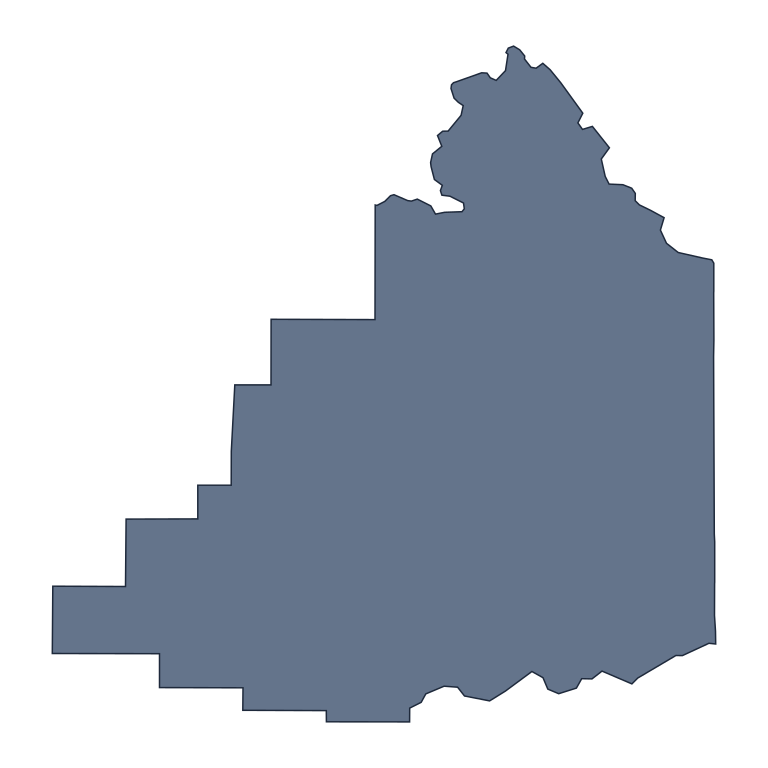 outline of Fremont, Idaho, United States of America
{"feature_id": "52423323B19841424065600", "entity_name": "Fremont", "entity_type": "district", "adm_level": 2, "iso_a3": "USA", "parent_name": "United States of America", "parent_adm1": "Idaho", "projection": "equal_earth", "projection_center": [-111.419, 44.319], "detail": "fine", "context": "isolated", "style": "filled", "palette": "slate", "viewbox_px": 768, "rotation_deg": 0, "n_neighbors": 0, "source": "geoboundaries", "source_scale": "gbopen_adm2", "svg_char_len": 1619}
<svg xmlns="http://www.w3.org/2000/svg" viewBox="0 0 768 768"><path d="M375.2,205.0L375.0,319.6L271.1,319.3L271.0,384.9L234.8,384.9L231.3,451.3L231.2,485.2L197.8,485.2L197.8,518.9L126.1,519.1L125.5,586.5L52.8,586.2L52.3,653.5L159.5,653.7L159.5,687.6L243.0,687.8L242.8,710.3L326.3,710.6L326.4,721.8L409.6,721.9L409.7,708.1L421.2,702.3L425.8,693.9L444.1,686.2L457.6,687.2L464.5,696.0L489.6,700.9L505.4,691.1L531.9,671.5L543.0,677.7L547.8,689.1L558.7,693.7L576.4,688.1L581.7,678.7L592.0,678.9L602.0,671.1L631.9,683.9L637.8,678.0L675.9,655.5L682.4,655.6L708.9,643.3L715.7,644.0L715.5,631.2L714.5,615.5L714.6,584.1L714.6,583.8L714.7,582.2L714.7,541.8L714.3,534.0L713.6,356.5L713.9,340.0L713.7,292.8L713.8,291.1L713.8,263.2L711.8,259.8L702.5,258.0L678.2,252.5L666.5,243.3L660.4,230.1L664.1,217.7L650.5,210.3L639.4,204.9L635.2,200.7L635.3,193.4L631.7,188.2L622.9,184.7L609.1,184.1L605.2,176.4L601.3,159.0L609.4,147.8L592.4,126.4L582.5,129.4L577.9,122.9L582.8,113.2L560.8,82.8L550.1,69.7L542.8,63.3L536.1,68.2L531.0,67.3L524.5,59.0L524.7,56.0L519.7,49.8L518.2,48.9L513.6,46.1L508.3,48.1L506.0,52.6L508.0,54.2L505.5,70.6L496.2,80.4L490.3,77.8L487.0,73.1L481.6,72.8L456.3,81.8L453.5,82.7L451.5,84.8L451.0,88.5L454.1,98.2L458.3,102.3L463.2,105.6L461.1,115.3L448.1,131.1L442.7,131.2L437.5,135.5L441.8,146.3L432.5,153.9L430.6,162.6L431.1,166.7L434.4,179.5L442.3,185.3L440.4,190.6L441.9,195.2L449.9,196.2L463.5,203.0L464.3,208.8L462.0,211.7L444.6,212.3L435.5,214.1L430.8,205.9L417.3,199.1L411.4,201.1L407.7,200.6L394.0,194.7L390.5,195.7L384.8,201.4L377.0,205.4L375.2,205.0Z" fill="#64748b" stroke="#1e293b" stroke-width="1.5"/></svg>